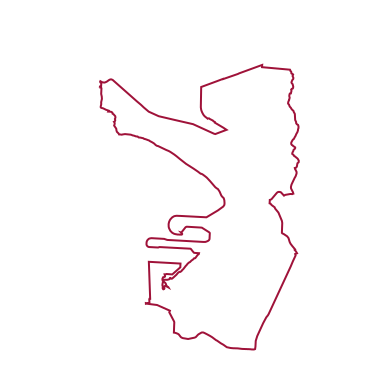 outline of Bayside (NSW), New South Wales, Australia, rotated 105°
{"feature_id": "25037944B57870334231273", "entity_name": "Bayside (NSW)", "entity_type": "district", "adm_level": 2, "iso_a3": "AUS", "parent_name": "Australia", "parent_adm1": "New South Wales", "projection": "natural_earth1", "projection_center": [151.152, -33.963], "detail": "fine", "context": "isolated", "style": "outline", "palette": "rose", "viewbox_px": 384, "rotation_deg": 105, "n_neighbors": 0, "source": "geoboundaries", "source_scale": "gbopen_adm2", "svg_char_len": 5994}
<svg xmlns="http://www.w3.org/2000/svg" viewBox="0 0 384 384"><g transform="rotate(105 192 192)"><path d="M167.3,93.7L166.0,94.5L163.0,97.2L161.7,97.7L160.6,97.8L159.0,97.8L151.8,96.5L150.1,96.0L147.3,95.8L146.5,95.9L145.4,96.3L143.9,97.6L143.4,98.2L142.8,98.6L142.2,98.9L141.8,98.1L141.4,97.7L140.3,97.3L137.0,97.6L135.7,96.7L134.3,96.9L134.1,97.0L132.7,98.3L132.3,98.9L130.8,102.2L130.7,102.8L130.1,103.3L129.8,103.8L129.3,105.0L128.6,105.2L127.4,105.1L126.5,104.8L125.1,104.8L123.5,103.8L122.7,103.7L122.2,103.9L121.8,104.9L121.5,105.9L120.9,107.0L120.7,107.8L119.9,108.6L118.7,108.9L117.5,108.7L116.0,108.3L115.3,108.1L114.3,107.3L112.6,107.0L111.4,106.6L108.7,106.2L107.0,105.7L104.9,105.6L104.0,105.8L102.8,105.7L101.8,105.9L100.9,106.2L99.8,106.9L99.4,108.2L98.8,109.0L98.4,109.3L97.5,109.5L95.7,111.0L90.5,112.7L89.8,113.0L88.5,114.3L87.3,115.1L86.7,116.4L86.1,117.3L85.0,118.4L84.2,119.7L83.1,120.5L82.5,120.9L81.8,122.0L81.4,122.2L79.6,122.3L78.2,122.0L77.6,122.2L77.0,122.0L75.6,122.1L74.1,122.9L72.2,123.1L71.5,122.9L71.4,122.6L71.3,122.2L71.2,122.0L68.5,122.1L67.5,122.7L66.5,122.3L66.2,121.6L65.8,121.4L65.2,121.3L64.0,121.5L61.8,122.7L61.1,123.8L60.4,124.3L59.6,124.3L57.7,124.0L57.3,123.8L56.8,123.5L56.2,123.5L55.4,123.7L53.9,124.9L52.4,124.7L52.0,125.3L51.9,126.3L51.7,126.7L51.0,126.9L50.2,127.3L49.8,127.8L49.6,128.3L49.0,128.6L48.5,129.0L53.3,156.7L51.1,157.1L65.2,177.2L66.1,178.2L74.9,191.2L74.7,191.3L78.3,196.3L88.2,210.3L107.9,205.4L109.8,204.6L110.9,204.0L112.5,202.8L113.9,201.5L114.9,200.4L115.8,198.9L117.0,196.0L117.1,195.9L116.7,195.4L116.5,194.5L116.8,194.0L117.6,190.3L118.1,189.6L118.5,188.0L119.1,187.9L121.8,178.3L123.0,174.7L130.0,184.5L130.0,185.8L126.2,208.5L126.9,227.8L127.4,243.8L125.6,254.6L122.8,260.5L121.0,263.8L118.7,268.7L104.3,297.6L104.1,298.9L104.2,299.5L104.6,300.3L105.3,301.1L107.6,303.0L108.9,304.7L109.1,305.6L109.2,307.2L108.7,309.2L109.2,309.3L109.6,309.1L109.9,308.8L110.2,308.1L110.7,307.7L113.3,307.2L113.5,307.9L113.8,308.2L114.0,308.2L113.9,307.7L114.8,307.5L114.6,306.8L115.3,306.3L120.8,305.1L123.1,303.9L125.4,303.1L128.7,303.0L130.7,302.4L133.1,302.3L133.8,302.1L134.0,301.9L134.2,301.4L134.2,299.4L134.8,296.5L135.0,293.5L136.0,293.7L135.6,291.8L135.5,290.9L135.7,290.0L136.0,289.4L136.9,289.0L137.2,287.9L138.6,285.8L139.6,285.3L140.3,285.2L141.4,285.4L141.8,285.2L142.3,284.8L142.8,284.7L143.9,284.9L144.4,285.5L144.9,284.9L145.5,284.5L146.6,284.3L148.0,284.4L150.4,281.6L152.3,280.8L153.3,280.1L154.5,278.0L155.3,277.3L155.0,276.2L154.8,274.6L154.4,274.0L153.4,271.7L152.5,266.2L152.5,265.2L152.7,264.2L152.6,262.6L152.8,260.5L152.5,258.9L153.1,257.7L152.8,255.9L152.7,252.8L153.1,251.9L153.0,250.6L153.4,246.5L153.7,246.0L154.3,243.3L154.9,241.3L156.1,239.1L156.3,238.4L156.5,237.6L156.4,236.7L158.1,227.6L158.4,225.2L158.9,223.2L160.4,218.8L161.5,216.1L163.2,212.4L166.4,204.9L169.0,196.6L170.8,191.5L171.9,188.9L172.1,188.2L172.0,187.4L172.4,185.9L173.5,183.2L174.3,181.4L176.8,177.4L181.3,170.8L182.1,169.0L182.4,167.8L184.4,165.5L187.8,162.8L188.6,161.8L189.8,159.7L191.7,158.6L194.3,157.7L196.0,157.4L197.9,158.0L203.1,162.2L212.7,171.5L217.9,196.0L219.0,200.9L219.8,202.6L220.3,203.3L221.7,204.6L224.0,205.8L224.9,206.1L226.9,206.4L229.0,206.3L231.7,205.5L232.9,204.8L234.5,203.4L235.3,202.6L236.5,200.5L237.0,198.4L237.0,197.2L236.8,194.9L236.0,191.5L235.8,190.9L235.5,190.7L235.1,190.6L234.8,190.8L233.9,192.2L233.9,191.8L227.7,189.1L227.1,188.4L226.9,188.1L224.0,174.0L223.9,173.2L226.5,164.9L226.8,164.4L227.4,164.1L232.9,162.9L234.0,163.1L235.0,163.8L236.0,165.0L236.6,165.9L236.9,166.5L237.4,168.6L244.7,203.5L244.5,206.8L247.1,219.3L247.8,220.8L248.5,221.7L250.1,222.6L251.4,222.9L252.7,222.8L254.4,222.4L255.1,222.0L255.8,221.2L256.1,220.7L256.3,219.4L254.4,210.4L253.6,209.2L247.2,179.0L247.3,178.4L247.5,178.1L249.3,175.7L250.2,174.3L250.1,173.5L249.3,169.4L250.3,169.4L251.4,170.3L255.0,171.7L255.3,172.1L255.4,172.7L257.0,173.6L258.4,174.8L260.2,175.8L260.6,176.4L262.3,177.6L264.4,178.5L265.0,178.9L268.4,180.3L269.2,180.7L269.6,181.1L271.1,181.7L272.2,182.6L272.4,183.5L273.9,184.7L275.9,185.6L279.8,188.1L280.9,188.9L281.1,189.4L281.1,189.7L280.6,190.5L280.7,190.8L280.9,191.1L281.1,191.1L281.3,190.8L281.5,190.8L282.4,191.7L283.3,193.4L283.8,195.7L284.3,196.3L285.3,196.9L285.5,196.8L285.8,196.0L286.4,195.2L286.6,194.4L286.8,194.2L287.8,193.2L288.7,192.8L289.2,192.3L289.9,190.9L290.0,190.3L290.3,190.0L289.6,192.8L289.6,193.7L290.5,194.5L290.9,194.5L291.7,193.8L292.5,193.7L292.9,193.8L293.4,194.5L293.2,194.9L292.6,195.4L292.2,195.4L291.5,195.7L290.6,195.7L290.1,196.3L289.1,196.6L287.3,196.8L286.5,196.5L285.8,196.7L285.3,197.4L283.7,198.1L283.3,197.8L282.7,198.0L281.9,197.9L281.0,196.4L280.6,196.2L279.8,196.5L278.6,197.2L278.2,195.8L277.8,195.4L276.7,189.7L267.8,183.8L264.1,184.6L270.6,215.6L305.9,204.8L306.0,205.2L306.5,205.1L306.7,205.5L310.1,204.4L311.1,207.1L311.4,207.0L311.6,207.5L311.3,207.7L311.3,207.8L311.9,207.6L311.6,206.9L310.2,196.5L312.4,182.6L314.1,182.8L321.7,175.8L322.4,175.4L332.5,173.1L332.4,172.1L332.4,171.2L332.6,169.1L333.0,167.9L334.9,165.4L335.3,164.5L335.5,163.0L335.0,157.7L332.0,151.8L331.2,150.8L328.2,149.2L327.6,148.7L325.3,146.4L325.0,145.7L324.8,145.0L324.9,143.7L325.6,140.4L326.4,137.1L327.1,134.8L328.9,130.4L329.1,129.3L330.7,124.9L331.4,122.2L332.9,118.2L332.7,114.4L332.3,112.0L331.2,107.3L330.6,103.0L328.8,95.1L328.7,94.1L328.2,91.8L327.8,90.9L327.4,90.4L324.9,90.7L319.3,91.9L314.3,91.7L300.2,89.3L293.8,87.8L291.6,86.8L290.2,86.4L238.5,77.4L232.7,76.6L226.5,75.5L225.2,76.3L224.0,74.7L222.5,76.2L221.4,77.8L220.8,77.5L218.2,81.2L216.4,83.5L214.9,84.8L211.6,86.8L210.2,88.6L208.9,92.4L208.6,94.0L208.2,94.6L198.6,96.8L196.6,97.7L189.5,103.2L186.5,107.4L185.4,108.2L184.0,111.7L183.0,113.1L182.9,114.1L179.5,114.8L179.3,114.3L178.3,113.3L171.0,109.9L170.1,109.3L169.5,108.4L169.2,107.2L169.3,106.0L171.7,102.2L170.7,101.3L168.6,96.8L168.2,95.5L168.2,94.8L167.8,94.2L167.5,94.1L167.3,93.7Z" fill="none" stroke="#9f1239" stroke-width="2"/></g></svg>